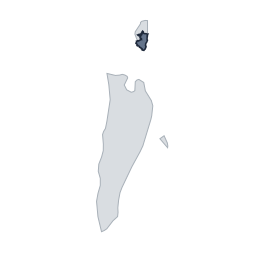 Pante Macassar, Ambeno, East Timor shown in context, rotated 118°
{"feature_id": "22284137B41915999739632", "entity_name": "Pante Macassar", "entity_type": "district", "adm_level": 2, "iso_a3": "TLS", "parent_name": "East Timor", "parent_adm1": "Ambeno", "projection": "orthographic", "projection_center": [124.394, -9.27], "detail": "fine", "context": "in_parent", "style": "filled", "palette": "slate", "viewbox_px": 256, "rotation_deg": 118, "n_neighbors": 0, "source": "geoboundaries", "source_scale": "gbopen_adm2", "svg_char_len": 3879}
<svg xmlns="http://www.w3.org/2000/svg" viewBox="0 0 256 256"><g transform="rotate(118 128 128)"><path d="M89.7,172.2L87.5,163.8L85.2,160.2L83.3,158.2L82.7,155.6L82.8,153.0L83.9,151.8L91.8,151.5L94.9,147.1L94.9,141.9L93.3,140.2L91.8,139.5L83.7,143.3L81.4,142.6L80.0,141.2L80.4,135.5L87.1,130.1L92.8,120.3L96.8,116.5L106.1,112.8L109.8,111.8L136.8,106.5L143.2,106.2L160.3,106.4L183.2,105.4L188.9,104.7L196.2,102.4L203.3,99.5L207.1,97.2L211.1,95.6L216.9,97.7L226.9,99.4L229.6,100.8L232.0,102.7L220.4,112.9L207.6,121.3L199.8,123.8L191.7,125.5L185.5,128.8L180.2,133.9L173.6,136.8L166.0,137.7L159.6,139.2L153.8,142.2L145.7,147.4L142.4,147.9L138.9,147.7L132.2,149.7L111.4,157.0L98.7,165.3L89.7,172.2ZM24.0,161.2L34.3,155.7L50.0,151.4L49.6,154.6L48.0,159.4L45.6,161.7L42.0,165.9L39.6,166.8L30.2,165.9L29.0,166.5L27.4,166.0L25.0,163.4L24.0,161.2ZM126.8,83.8L122.5,94.8L117.9,92.5L122.8,86.2L125.2,84.4L126.8,83.8Z" fill="#d9dde1" stroke="#a8b0b8" stroke-width="1"/><path d="M41.3,163.2L41.4,162.9L41.3,162.7L41.5,162.4L41.5,162.2L41.5,161.7L41.5,161.4L41.4,161.3L41.1,161.2L41.1,160.9L41.0,160.7L40.9,160.6L40.8,160.4L41.0,160.2L40.9,160.1L41.0,160.0L41.0,159.9L41.3,159.8L41.6,160.0L41.8,160.0L42.0,160.0L42.4,159.9L42.5,159.9L42.8,159.7L42.9,159.4L42.8,159.0L42.8,158.9L42.7,158.7L42.6,158.3L42.6,158.2L42.9,158.0L43.2,157.9L43.3,157.9L43.2,157.8L43.3,157.7L43.5,157.6L43.5,157.8L43.5,158.0L43.8,158.4L43.9,158.5L44.0,158.5L44.2,158.4L44.4,158.4L44.5,158.4L44.7,158.5L45.1,159.0L45.5,159.1L45.8,159.2L45.9,159.4L46.0,159.4L46.2,159.5L46.2,159.8L46.1,160.0L46.3,160.3L46.5,160.3L46.5,160.5L46.8,160.5L46.9,160.8L47.0,160.8L47.2,161.0L47.4,161.1L47.5,161.0L47.7,160.9L47.8,160.9L47.8,161.0L48.1,160.8L48.3,160.8L48.5,160.8L48.7,160.7L48.8,160.6L49.0,160.6L49.3,160.6L49.4,160.8L49.6,160.7L49.6,160.3L49.6,160.2L49.6,159.9L49.6,159.7L49.8,159.4L50.0,159.2L50.1,158.9L50.3,159.0L50.6,159.1L50.7,158.9L50.9,158.8L51.0,158.7L51.1,158.3L51.1,158.2L50.9,157.9L50.8,157.6L50.7,157.5L50.6,157.4L50.7,157.2L50.6,156.7L50.6,156.4L50.7,156.2L50.8,156.0L50.9,155.9L51.0,155.7L51.1,155.3L51.3,155.4L51.3,155.2L51.2,154.8L51.3,154.8L51.3,154.7L51.4,154.4L51.3,154.2L51.4,153.9L51.4,153.7L51.4,153.4L51.4,153.2L51.5,153.0L51.4,152.8L51.5,152.7L51.8,152.4L52.0,152.3L52.0,152.2L52.3,152.0L52.3,151.9L52.4,152.0L52.4,151.9L52.2,151.8L52.2,151.7L52.3,151.6L52.2,151.5L52.2,151.3L52.2,151.2L52.2,150.8L52.1,150.7L52.0,150.4L51.9,150.4L51.6,150.3L51.3,150.3L51.0,150.2L50.8,150.1L50.6,150.1L50.2,149.9L49.9,150.0L49.6,150.1L49.3,150.0L48.9,150.0L48.6,150.0L48.4,150.2L48.2,150.2L48.2,150.3L47.9,150.3L47.7,150.5L47.4,150.9L47.2,151.0L47.0,151.3L46.9,151.3L46.7,151.3L46.7,151.2L46.6,151.3L46.4,151.4L46.2,151.6L45.9,151.7L45.7,151.7L45.5,151.8L45.3,151.9L45.2,152.0L44.9,151.9L44.6,151.9L44.3,152.0L43.9,151.8L43.5,151.8L43.4,151.8L43.0,151.8L42.7,151.8L42.4,152.0L41.9,152.1L41.7,152.0L41.3,152.0L41.2,152.1L41.1,152.3L40.9,152.7L40.7,152.9L40.4,153.0L40.1,153.1L39.5,153.4L39.1,153.6L38.6,153.7L38.3,153.7L38.2,153.8L38.2,154.0L38.0,154.3L37.8,154.4L37.7,154.4L37.3,154.3L37.2,154.4L36.9,154.3L36.5,154.5L36.3,154.5L36.2,154.5L35.9,154.5L35.7,154.5L35.8,154.7L35.9,154.8L36.0,154.9L36.2,155.2L36.2,155.3L36.1,155.6L36.2,156.0L36.2,156.3L36.3,156.6L36.5,156.8L36.7,157.2L36.8,157.4L36.8,157.5L37.0,157.8L37.1,158.0L37.0,158.4L37.0,158.5L36.9,158.6L36.9,158.8L37.0,158.8L37.1,159.0L36.9,159.0L36.7,159.2L36.6,159.3L36.4,159.3L36.2,159.4L36.0,159.5L35.9,159.6L35.8,159.9L35.7,160.2L35.6,160.6L36.6,160.7L36.9,160.5L37.0,160.6L37.3,160.3L37.4,160.2L37.5,159.9L38.0,160.4L38.1,160.7L38.3,160.9L38.5,160.9L38.6,160.6L38.7,160.1L38.9,159.7L39.0,159.6L39.4,159.7L39.5,159.7L39.7,159.9L39.9,160.1L40.0,160.2L40.1,160.4L40.1,160.6L40.1,160.9L40.1,161.2L40.0,161.3L39.8,161.5L39.9,162.0L40.0,162.2L40.6,162.6L40.8,162.7L41.0,162.9L41.1,163.0L41.3,163.2Z" fill="#64748b" stroke="#1e293b" stroke-width="1.5"/></g></svg>